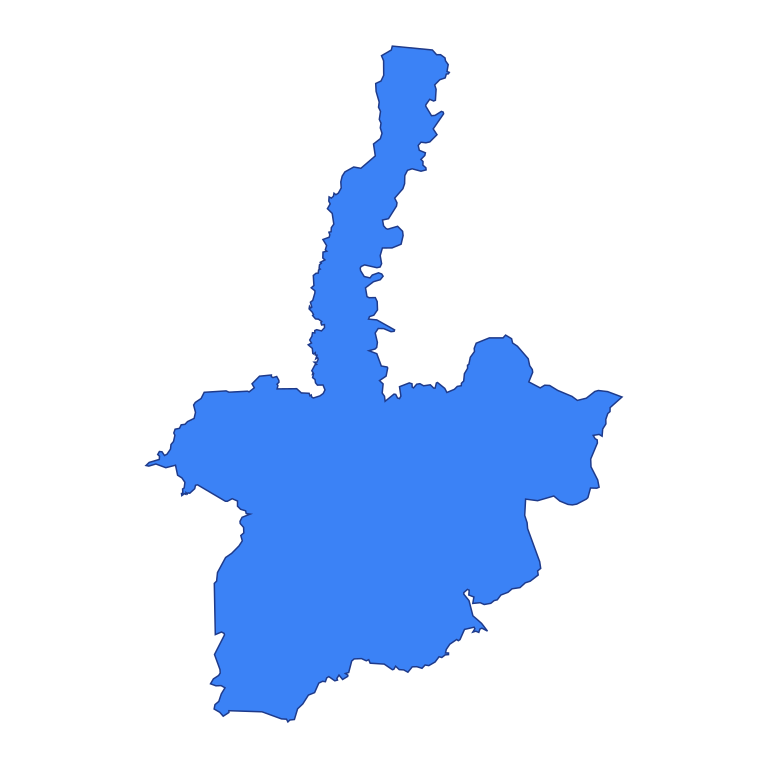 Ventanas, Los Rios, Ecuador (orthographic projection)
{"feature_id": "8360857B83829792617197", "entity_name": "Ventanas", "entity_type": "district", "adm_level": 2, "iso_a3": "ECU", "parent_name": "Ecuador", "parent_adm1": "Los Rios", "projection": "orthographic", "projection_center": [-79.44, -1.323], "detail": "fine", "context": "isolated", "style": "filled", "palette": "blue", "viewbox_px": 768, "rotation_deg": 0, "n_neighbors": 0, "source": "geoboundaries", "source_scale": "gbopen_adm2", "svg_char_len": 6109}
<svg xmlns="http://www.w3.org/2000/svg" viewBox="0 0 768 768"><path d="M602.1,436.2L602.7,429.0L605.9,423.9L605.8,419.4L607.8,413.5L610.0,411.6L610.1,407.6L622.0,397.0L607.6,391.6L598.3,390.5L594.8,391.5L586.3,398.2L577.4,400.4L572.0,396.4L557.7,390.4L549.7,385.5L544.7,385.2L540.2,387.9L528.8,381.9L532.7,372.3L532.3,369.5L529.7,365.7L528.2,358.7L517.4,346.2L512.6,343.0L511.6,338.7L505.6,335.1L503.0,337.9L489.3,337.9L476.2,343.2L474.2,348.4L474.5,351.5L470.3,357.3L468.9,364.2L467.5,365.3L467.6,368.3L464.4,373.7L463.7,381.0L461.4,383.3L461.3,385.7L457.3,386.4L454.4,389.3L446.9,392.5L444.8,388.4L437.5,382.5L436.4,383.0L435.1,388.1L433.7,388.1L430.3,384.8L423.6,385.8L419.9,383.7L416.7,384.2L413.5,387.9L412.2,387.1L412.0,383.8L409.3,382.9L399.5,386.7L400.9,396.1L399.5,398.6L397.5,398.0L395.7,394.4L394.0,394.1L385.1,401.3L384.5,396.3L382.2,393.0L383.1,383.9L379.5,380.6L386.1,376.1L387.7,368.0L387.1,367.0L381.3,366.0L376.8,353.7L368.9,350.7L375.1,349.0L376.7,347.4L377.4,342.4L375.2,333.0L378.2,328.5L383.7,328.6L391.0,331.7L394.1,331.3L394.6,329.9L376.8,319.9L368.5,319.1L369.5,316.6L373.8,315.2L377.5,309.9L377.2,301.6L375.3,297.6L369.1,297.7L367.0,296.6L365.5,287.8L373.5,281.7L380.3,279.7L383.1,276.2L381.7,274.0L378.5,272.8L372.3,275.0L370.0,277.9L364.2,276.5L360.6,270.7L360.2,268.1L361.1,266.5L364.6,264.9L376.9,267.7L380.1,267.0L381.6,263.7L380.2,255.6L382.4,248.0L392.1,247.9L401.1,244.2L403.1,235.6L402.6,231.3L397.6,226.3L387.7,229.2L385.9,228.4L383.6,225.8L382.5,220.0L388.5,218.7L396.5,206.1L397.0,202.8L394.7,198.1L402.9,188.7L404.6,183.7L404.8,175.6L407.5,170.3L412.1,168.8L421.0,171.2L426.1,169.9L425.9,167.8L422.9,165.1L423.0,161.5L420.9,159.4L424.8,155.5L425.4,152.8L419.3,150.3L418.2,145.4L421.0,142.2L425.9,142.8L429.8,141.9L437.0,134.7L433.2,128.9L443.6,113.8L443.2,112.1L441.4,111.4L435.0,115.4L431.5,115.7L425.7,106.1L425.9,104.7L429.7,99.3L433.6,101.0L435.4,100.3L436.1,89.3L434.7,84.9L439.8,79.7L445.2,77.9L446.3,74.1L448.4,73.8L449.3,72.4L447.0,71.5L448.2,64.6L445.5,60.8L445.0,57.9L440.6,54.7L436.6,54.7L432.4,50.0L392.3,46.1L391.3,50.0L381.5,55.7L383.6,60.8L383.7,75.3L381.0,81.0L375.7,83.5L376.1,91.4L379.2,102.1L378.5,107.2L380.5,111.4L379.3,119.4L381.0,123.1L380.3,127.9L382.0,133.3L380.3,138.7L373.5,144.0L375.3,155.9L360.9,168.3L353.7,167.0L344.9,171.9L342.2,176.1L340.8,181.9L341.2,188.0L338.3,193.2L335.9,194.7L334.0,193.2L333.4,196.3L331.3,198.1L329.1,196.9L328.8,201.1L330.2,203.9L327.4,208.7L332.2,213.4L333.8,224.1L331.3,227.7L331.1,231.7L328.9,232.2L329.8,234.8L329.2,237.2L322.9,239.5L326.6,245.6L325.3,249.8L326.8,251.2L323.0,252.1L322.8,258.0L324.9,259.9L320.3,262.3L321.3,263.2L319.5,264.7L319.1,268.3L320.2,269.1L318.6,269.9L318.2,273.1L316.0,273.3L313.3,275.5L313.9,285.5L311.2,287.8L314.9,290.8L314.9,292.9L312.7,300.4L310.4,302.2L311.8,307.1L310.6,308.0L309.5,306.4L309.1,308.9L312.1,312.0L313.5,314.6L312.6,315.5L315.5,318.9L318.5,319.2L321.7,321.6L320.9,322.7L321.6,325.0L324.4,324.6L324.5,327.7L321.5,330.9L316.7,329.7L314.8,330.5L314.8,332.9L312.5,332.7L311.9,336.3L309.7,340.0L311.5,343.0L308.2,344.8L312.3,348.4L312.8,353.4L313.7,354.0L315.3,352.7L315.3,355.0L317.0,355.2L315.8,358.8L317.6,357.7L318.2,359.2L316.9,362.1L314.2,362.2L316.6,364.4L315.0,364.8L311.8,370.8L313.1,372.6L312.5,374.3L313.5,374.0L312.6,377.6L315.0,379.5L315.5,382.8L317.4,385.1L323.0,385.0L325.0,389.9L323.2,393.5L319.9,395.9L313.3,398.0L311.7,397.0L311.2,395.0L310.0,395.8L309.1,393.3L301.3,392.9L296.7,388.7L277.1,388.9L277.9,385.6L277.0,384.2L279.0,382.2L278.8,380.3L276.7,376.5L272.9,377.6L271.3,376.6L271.4,375.0L259.5,376.2L252.0,383.8L254.3,387.8L249.1,391.9L247.5,391.2L229.0,392.2L226.1,390.9L204.2,392.3L201.1,398.5L195.3,402.4L193.6,405.0L195.5,412.4L194.1,418.4L187.5,421.6L185.0,424.3L181.2,424.8L179.5,428.3L175.1,429.2L173.8,433.0L174.9,435.3L173.5,441.5L171.0,444.5L170.5,449.1L167.0,454.2L164.5,455.5L162.0,451.8L159.4,451.5L157.7,454.5L159.5,456.2L159.3,459.4L149.2,462.4L146.0,465.5L148.8,466.1L155.9,464.0L165.8,467.7L175.5,465.2L177.6,475.2L181.9,477.9L184.9,482.3L184.2,487.9L182.6,489.0L182.8,493.2L181.5,493.5L181.8,495.6L184.5,493.7L185.8,494.3L186.0,492.6L187.2,494.0L188.0,492.9L189.8,493.2L194.7,488.7L195.5,485.3L197.5,484.8L225.3,501.2L227.3,501.3L232.2,498.7L237.5,501.0L237.5,506.2L240.6,509.3L245.6,510.8L246.2,513.5L250.2,514.1L242.1,517.3L240.0,521.3L240.2,523.5L243.6,527.4L243.8,532.9L240.8,535.5L242.3,540.8L239.0,545.9L231.7,553.3L225.6,557.5L217.5,572.5L216.6,581.1L214.3,583.4L215.3,634.6L221.5,632.0L224.1,633.4L224.5,634.9L214.5,654.5L220.0,669.6L220.2,673.1L218.6,675.5L213.4,678.9L210.5,683.8L215.9,685.8L221.1,685.6L225.0,687.8L221.3,693.9L218.8,701.4L215.0,704.6L214.1,709.0L219.8,712.3L223.2,716.2L228.9,712.5L228.9,710.7L262.0,711.8L281.5,718.9L286.5,719.2L287.9,721.9L289.9,720.0L294.4,719.5L297.6,708.8L302.8,703.9L308.4,695.1L314.6,692.6L318.8,683.1L322.6,681.3L325.4,681.7L326.7,677.9L328.8,676.6L334.8,680.8L337.5,680.1L336.9,678.4L339.0,675.1L342.6,679.5L347.7,676.4L347.9,675.2L345.4,673.5L348.7,672.5L351.7,661.0L354.2,658.9L361.5,658.6L366.3,660.8L368.7,659.7L370.2,663.2L384.2,664.1L392.4,669.7L393.8,669.3L395.6,666.2L399.2,669.6L403.7,669.9L407.9,672.2L412.3,666.8L416.9,666.7L422.0,668.3L425.1,665.0L428.8,665.6L435.1,662.0L439.1,656.7L441.8,657.5L445.2,654.9L448.5,654.6L448.5,653.0L445.5,652.9L446.3,649.4L449.8,644.2L456.7,639.5L458.3,640.7L460.0,639.6L464.5,629.4L474.1,627.2L474.9,628.7L472.8,632.1L475.8,631.2L478.8,632.4L479.9,629.1L481.9,628.2L487.5,631.1L481.6,623.4L472.9,615.8L469.0,600.6L463.8,594.2L463.8,592.6L467.4,589.4L469.2,590.2L468.8,595.0L473.9,597.0L472.8,603.4L480.2,602.7L484.2,604.5L490.8,603.3L494.1,600.6L497.3,599.8L500.9,595.0L508.0,592.3L512.1,588.8L520.0,587.6L525.3,582.8L530.2,581.2L538.2,575.0L537.6,570.9L540.7,568.4L539.7,561.7L527.6,528.6L527.1,522.7L524.7,515.4L525.6,499.1L537.6,500.7L553.8,496.0L559.9,501.1L567.9,504.4L572.3,504.9L576.8,504.1L586.3,499.1L587.9,497.6L590.5,488.0L596.8,488.2L599.1,487.2L597.7,480.0L591.0,466.8L590.7,459.0L597.4,443.0L597.2,439.9L595.1,438.7L593.2,435.4L599.1,434.4L602.1,436.2Z" fill="#3b82f6" stroke="#1e3a8a" stroke-width="1.5"/></svg>